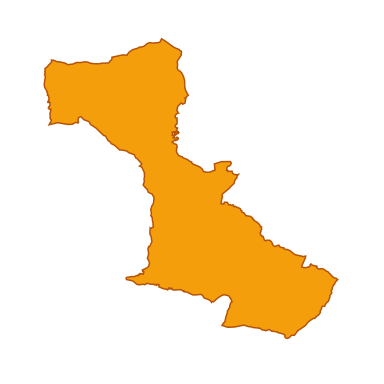 outline of Moieciu, Brasov, Romania, rotated 174°
{"feature_id": "2599482B36660136549746", "entity_name": "Moieciu", "entity_type": "district", "adm_level": 2, "iso_a3": "ROU", "parent_name": "Romania", "parent_adm1": "Brasov", "projection": "equal_earth", "projection_center": [25.317, 45.469], "detail": "fine", "context": "isolated", "style": "filled", "palette": "amber", "viewbox_px": 384, "rotation_deg": 174, "n_neighbors": 0, "source": "geoboundaries", "source_scale": "gbopen_adm2", "svg_char_len": 6018}
<svg xmlns="http://www.w3.org/2000/svg" viewBox="0 0 384 384"><g transform="rotate(174 192 192)"><path d="M206.3,347.6L208.1,344.6L209.1,344.1L216.0,344.2L218.5,345.0L221.3,344.2L224.1,342.1L226.9,341.5L229.0,341.6L231.3,340.6L235.8,339.8L239.5,338.0L241.8,335.8L242.3,334.8L246.7,335.6L257.5,334.4L257.7,332.8L258.7,331.4L260.2,330.5L261.2,329.2L262.6,329.1L268.1,329.5L271.0,329.2L275.9,329.8L280.3,330.9L281.7,331.9L284.2,332.6L289.7,332.4L293.2,332.9L297.1,331.7L302.2,331.6L304.9,333.5L309.2,335.0L312.9,335.8L315.6,337.4L318.0,337.9L317.8,336.3L320.8,333.5L321.6,333.2L322.1,332.3L322.8,331.9L322.9,331.4L325.1,330.4L325.5,329.1L325.2,328.0L325.8,327.1L325.6,325.9L326.4,324.2L325.8,322.4L325.9,321.6L327.6,315.1L327.8,312.7L327.1,310.2L326.1,308.5L326.1,307.8L325.6,307.2L325.8,306.1L325.2,305.3L325.7,303.4L324.8,302.9L324.3,299.9L326.1,296.3L325.7,296.0L324.3,296.6L324.0,295.9L324.2,292.7L325.6,291.7L326.1,290.6L325.2,289.7L325.2,289.2L323.7,289.0L324.6,285.9L325.1,285.2L325.1,282.0L325.4,280.7L325.2,279.3L324.3,278.5L324.4,278.0L324.8,277.0L327.1,273.8L318.4,275.0L308.7,272.2L304.0,271.9L300.8,273.2L299.7,273.3L298.3,272.5L297.5,273.5L297.9,274.6L297.4,277.1L296.5,278.0L295.2,278.5L294.4,278.3L292.1,275.3L287.4,272.9L286.5,271.8L286.0,269.9L280.8,265.6L273.9,257.4L272.2,256.8L270.0,251.8L268.3,250.5L267.3,248.6L263.9,246.4L259.5,241.3L257.3,241.1L252.6,239.6L250.9,237.8L245.4,235.0L244.4,231.8L243.1,230.9L239.2,225.5L239.2,224.7L241.5,223.2L239.3,222.0L237.2,215.8L237.6,214.6L237.5,212.6L238.3,210.3L238.4,206.9L239.8,204.5L239.4,203.3L236.2,199.0L235.4,196.2L231.9,194.1L230.7,191.4L230.5,189.6L231.3,185.7L232.1,183.8L233.4,182.3L234.9,178.8L234.6,176.5L234.8,173.8L235.5,172.7L234.7,171.8L234.3,170.4L234.3,166.5L233.9,165.0L234.3,162.8L233.9,162.1L234.5,160.8L235.6,160.7L237.0,159.9L237.4,160.5L238.2,155.4L238.0,153.5L237.2,152.2L237.2,148.1L236.9,147.1L239.5,142.6L240.8,142.3L240.8,141.4L241.4,141.2L241.7,140.2L241.6,135.0L243.3,130.5L242.3,128.5L241.7,126.0L242.8,122.7L244.6,121.3L249.6,119.6L249.3,118.1L248.4,118.2L248.4,116.6L249.1,116.2L249.2,115.4L250.3,115.9L251.8,115.6L252.1,116.4L254.5,115.0L254.2,114.5L256.1,114.6L258.3,113.8L260.4,114.2L266.2,113.8L266.5,113.3L266.3,111.8L260.2,109.8L256.4,105.9L254.6,105.3L249.8,105.3L248.5,104.7L246.4,105.9L242.0,104.4L238.5,104.1L239.0,103.9L238.9,103.5L237.6,103.3L236.8,103.7L236.6,103.0L235.7,103.7L234.5,103.1L234.9,101.2L230.6,98.8L227.4,97.9L226.9,97.3L226.4,97.2L226.1,97.5L226.3,97.9L225.4,98.0L225.0,99.0L224.1,98.7L224.1,98.3L223.7,98.5L222.9,98.1L222.6,98.5L222.0,98.2L222.1,97.8L223.0,97.7L220.4,96.4L214.1,96.1L212.6,95.6L211.4,94.5L211.1,94.8L210.5,94.5L210.9,94.1L210.4,93.6L207.5,93.0L202.2,89.7L200.3,89.3L193.6,89.2L192.3,88.0L191.0,85.3L187.1,83.5L184.8,81.8L184.2,80.2L183.4,80.9L182.2,80.5L177.1,84.1L172.7,86.2L170.4,86.4L166.4,85.0L164.7,82.0L163.6,78.5L164.7,78.2L166.2,75.4L166.6,73.0L167.6,72.3L168.0,71.2L169.1,70.3L169.5,68.2L171.2,64.6L173.0,59.2L174.3,58.5L176.1,56.2L170.8,53.8L169.1,53.6L163.4,53.3L154.4,54.2L149.3,52.0L147.8,52.0L145.8,50.9L139.0,49.5L136.2,47.3L134.2,47.1L133.4,46.3L129.5,47.2L127.4,45.3L122.2,44.1L121.6,43.3L116.7,41.5L114.4,39.9L114.8,38.2L114.2,37.2L112.6,36.4L110.2,37.2L108.0,39.2L105.1,38.8L101.5,42.8L93.2,47.3L90.1,50.5L87.0,52.4L84.4,53.6L83.0,53.5L82.0,54.6L78.5,56.9L76.9,58.9L77.0,60.4L75.6,61.8L75.0,64.0L74.1,64.7L72.1,64.5L70.1,67.5L67.7,69.2L65.9,72.9L65.9,74.3L63.5,77.1L63.9,79.4L62.7,80.6L62.4,82.3L60.8,84.9L59.7,85.6L59.2,87.1L56.2,89.7L57.8,91.2L59.2,91.6L60.8,92.8L65.2,98.5L67.1,99.6L68.6,101.2L70.8,102.2L74.0,102.1L76.0,103.8L75.5,105.1L80.0,106.6L81.2,108.0L82.0,107.5L82.6,105.6L86.7,104.8L90.3,105.6L90.7,106.1L90.3,107.4L86.0,114.9L85.7,116.4L87.8,116.1L96.3,119.0L100.8,123.5L103.5,125.0L105.2,125.1L106.2,125.9L106.5,126.9L108.2,127.2L110.7,128.5L111.0,129.9L112.5,130.0L115.0,129.1L116.2,129.8L117.2,131.1L118.0,133.9L119.4,135.7L122.5,136.3L123.8,135.8L125.0,136.5L126.0,140.5L127.1,140.7L128.5,143.4L128.5,144.2L127.6,145.2L127.4,146.9L126.8,147.5L126.5,149.0L127.0,149.7L126.6,150.1L127.7,150.9L128.3,152.6L130.2,154.9L132.6,156.7L133.5,157.6L133.7,158.5L134.5,158.6L134.5,159.8L136.4,161.6L141.0,162.9L142.4,165.7L144.3,166.5L144.5,168.3L145.2,168.4L145.8,170.4L150.6,173.2L151.2,172.9L152.2,173.3L152.1,174.6L152.5,174.9L154.3,174.6L155.3,175.4L156.6,175.2L157.2,175.9L157.8,177.9L160.5,178.5L161.1,178.2L161.1,177.5L161.5,176.9L164.0,176.9L164.4,178.1L163.8,178.9L163.4,181.3L162.2,183.9L162.5,185.2L162.0,186.8L154.6,191.7L153.5,192.9L149.3,196.1L148.0,199.4L145.8,201.5L145.8,202.9L144.1,204.6L145.7,204.4L148.2,205.1L149.7,206.3L150.0,208.5L154.1,208.7L154.1,209.6L155.3,209.9L154.7,210.6L155.1,211.7L154.3,213.0L153.4,213.9L152.3,213.9L151.2,214.5L150.5,215.4L149.9,216.8L150.6,218.3L159.3,219.1L166.8,217.6L166.9,211.2L169.4,210.8L172.1,209.8L175.6,210.2L178.3,211.0L179.7,214.1L181.6,216.1L188.0,219.6L189.2,220.9L189.2,221.8L190.5,222.4L193.6,225.1L197.0,226.7L198.0,227.9L201.4,229.6L203.1,233.0L203.2,234.0L202.7,237.2L202.0,238.2L202.3,238.8L202.2,240.5L202.6,241.0L204.4,241.7L206.5,243.7L203.6,245.5L202.9,245.3L202.9,244.9L201.0,245.4L200.1,246.3L200.0,247.1L201.2,248.1L202.2,247.1L205.1,248.0L203.9,249.0L204.5,249.7L204.3,250.4L205.7,250.7L205.2,251.7L205.4,253.6L202.9,252.9L203.4,250.8L202.7,250.2L199.8,252.0L199.4,251.7L198.9,252.5L199.2,253.3L201.1,253.2L202.2,252.6L203.0,253.1L203.1,253.8L200.4,253.9L200.3,255.1L200.7,256.3L199.7,257.1L201.8,258.4L201.7,260.0L199.7,261.4L199.5,264.5L199.1,264.9L199.4,266.4L199.2,267.1L200.2,267.0L201.1,268.9L199.4,271.3L197.2,271.9L197.9,272.5L197.7,273.2L198.6,274.5L197.8,276.5L197.8,277.4L196.7,279.1L193.4,281.7L192.1,280.3L189.8,281.1L188.6,284.8L189.2,286.1L188.3,285.9L187.4,287.5L185.6,288.5L187.9,294.3L188.2,298.0L187.7,303.4L188.3,307.3L189.7,311.3L191.1,313.2L193.3,315.0L193.8,317.0L193.1,319.5L193.0,323.6L188.5,329.1L187.8,332.7L188.3,333.5L189.5,334.1L189.9,335.0L194.7,337.6L202.2,344.4L206.3,347.6Z" fill="#f59e0b" stroke="#b45309" stroke-width="1.5"/></g></svg>